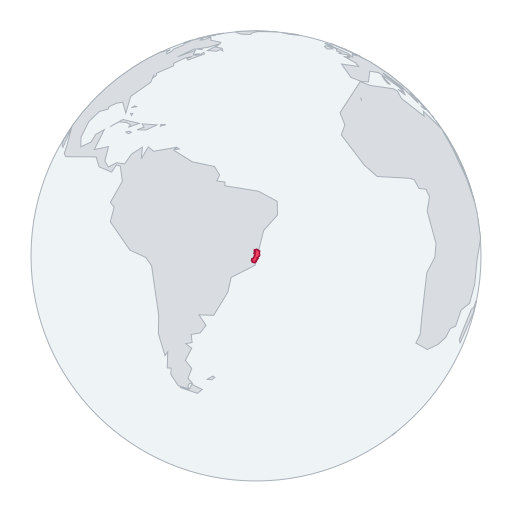 globe centered on Espírito Santo
{"feature_id": "BRA-625", "entity_name": "Espírito Santo", "entity_type": "State", "adm_level": 1, "iso_a3": "BRA", "parent_name": "Brazil", "parent_adm1": "", "projection": "orthographic", "projection_center": [-40.668, -19.574], "detail": "fine", "context": "on_globe", "style": "filled", "palette": "rose", "viewbox_px": 512, "rotation_deg": 0, "n_neighbors": 0, "source": "natural_earth", "source_scale": "10m", "svg_char_len": 6836}
<svg xmlns="http://www.w3.org/2000/svg" viewBox="0 0 512 512"><circle cx="256" cy="256" r="225" fill="#eef3f6" stroke="#a8b0b8"/><path d="M161.9,51.3L160.0,52.4L170.5,49.6L166.8,52.0L166.7,53.9L171.8,51.3L173.7,49.0L183.2,45.2L184.4,43.6L188.4,42.0L192.4,40.2L199.0,38.6L203.3,38.3L200.4,40.0L202.2,40.1L210.8,37.4L211.0,40.3L220.9,42.3L220.2,43.7L208.2,47.3L193.4,49.4L177.9,56.7L195.3,50.4L193.1,54.9L195.8,55.3L200.2,54.5L203.8,52.3L204.6,53.9L187.8,60.1L186.8,58.7L192.2,56.5L185.2,57.9L173.8,63.3L173.6,65.8L156.6,73.2L156.3,75.3L152.4,78.5L154.1,74.4L150.7,82.3L130.7,96.4L125.8,113.1L122.8,102.3L116.9,103.1L109.2,106.5L108.1,109.1L99.4,111.5L88.8,121.6L81.0,137.2L80.8,146.8L91.0,142.1L95.8,134.3L104.3,129.6L94.3,149.6L108.5,146.6L104.8,161.1L108.4,167.0L116.5,162.7L124.6,163.9L131.6,154.0L142.4,147.2L141.3,158.7L148.3,146.9L153.6,151.3L175.9,147.4L173.9,150.3L192.4,161.9L214.5,166.5L219.6,175.1L216.8,180.9L224.8,182.1L225.0,185.8L258.7,191.3L277.2,201.4L277.5,215.0L263.6,230.5L255.0,265.3L231.2,277.4L227.7,292.3L213.7,315.3L199.0,314.8L206.0,325.5L200.0,333.0L191.2,334.4L192.1,342.6L185.7,343.6L191.7,348.3L185.3,360.3L191.7,368.5L188.0,378.3L192.5,383.2L189.6,383.5L187.7,385.9L188.8,388.9L178.3,385.7L170.8,374.5L171.2,368.1L167.3,367.9L167.7,351.8L165.0,355.6L158.4,333.7L158.7,315.1L151.6,265.9L145.9,257.5L129.9,250.1L110.3,221.7L114.1,207.3L110.4,202.3L122.4,181.2L120.3,166.1L116.3,165.0L111.7,172.1L99.1,166.8L96.1,156.9L65.7,156.7L64.3,153.4L67.2,144.8L71.9,126.6L63.0,147.3L62.0,145.4L63.9,139.3L66.3,135.7L72.3,125.6L82.5,112.3L93.7,99.7L105.8,88.1L118.8,77.3L132.5,67.6L146.9,58.9L161.9,51.3ZM122.9,119.5L139.3,123.4L128.2,127.3L130.7,125.0L126.9,122.6L119.2,121.8L110.0,126.7L122.9,119.5ZM134.3,107.2L131.3,107.5L134.5,106.5L134.3,107.2ZM188.5,41.3L190.4,40.8L188.7,41.4L188.5,41.3ZM188.4,41.2L185.1,42.3L184.5,42.4L186.6,41.7L188.4,41.2ZM191.7,40.1L192.7,39.9L184.0,42.5L183.8,42.6L191.7,40.1ZM197.3,393.3L179.9,387.4L189.0,389.7L191.9,384.3L202.3,389.5L197.3,393.3ZM207.2,379.3L212.6,376.1L214.9,377.4L211.7,379.9L207.2,379.3ZM430.1,113.1L423.9,106.9L415.9,98.2L416.9,98.3L430.1,113.1ZM407.0,88.8L410.2,91.9L415.1,96.6L409.6,92.9L417.3,100.8L417.8,102.6L405.0,90.1L401.9,86.8L382.9,72.9L385.7,75.9L403.8,89.5L400.7,87.5L404.5,92.8L399.1,87.2L378.6,72.6L369.8,71.2L368.5,81.9L361.4,81.5L350.9,77.3L341.5,64.0L358.6,66.5L355.5,62.8L343.6,56.3L349.8,57.9L347.0,55.9L352.7,57.1L352.3,54.4L356.7,55.8L348.6,51.0L349.8,51.3L354.3,53.8L359.8,56.7L369.7,61.5L389.1,74.2L407.0,88.8ZM359.4,55.8L360.8,56.6L359.1,55.9L345.0,49.1L340.9,47.7L331.7,43.8L331.1,43.6L359.4,55.8ZM474.7,201.8L474.7,202.1L470.2,186.3L448.3,139.3L446.2,135.6L445.9,135.1L445.3,134.2L448.4,139.7L442.9,131.3L460.0,161.4L464.9,173.6L474.8,202.7L475.1,204.3L476.8,211.4L476.9,211.7L480.6,238.0L480.6,238.3L477.0,260.1L474.7,284.2L469.6,303.2L461.2,310.0L455.6,326.2L450.3,328.5L445.8,337.3L438.0,344.4L427.3,349.5L415.9,343.0L420.2,334.2L422.0,315.0L426.8,272.7L434.9,257.2L436.0,243.6L427.2,211.1L429.5,196.6L425.9,189.2L419.1,188.5L414.3,179.8L409.7,178.3L377.3,176.5L364.3,165.1L341.3,134.9L344.9,124.8L340.0,112.7L360.2,81.6L370.6,85.5L393.5,88.8L397.5,91.2L401.5,98.5L424.1,116.2L423.4,111.3L437.2,124.5L442.1,129.4L436.1,120.7L446.4,135.6L455.4,151.2L463.2,167.5L469.6,184.4L474.7,201.8ZM360.6,97.5L361.7,100.8L360.6,97.5ZM176.6,147.2L179.2,149.0L175.5,149.6L176.6,147.2ZM125.8,132.0L129.7,131.2L131.4,132.4L128.2,133.7L125.8,132.0ZM160.9,124.5L165.8,124.6L160.3,126.3L160.9,124.5ZM142.1,123.9L156.9,124.9L146.3,130.0L137.1,129.7L144.0,127.2L142.1,123.9ZM130.6,113.4L132.8,113.5L131.5,115.5L130.6,113.4ZM136.6,106.6L135.6,107.0L134.9,105.9L136.6,106.6ZM194.1,54.6L195.5,54.1L199.5,53.7L196.8,54.8L194.1,54.6ZM222.1,48.3L222.8,51.0L220.5,49.5L216.8,51.2L207.4,50.6L219.3,44.4L215.6,47.1L222.1,48.3ZM198.2,49.0L202.8,49.5L197.3,49.2L198.2,49.0ZM326.3,45.7L330.9,47.2L332.8,48.9L327.1,49.0L324.4,46.4L326.3,45.7ZM337.0,49.2L324.6,43.4L327.6,43.7L328.1,44.4L331.3,45.1L332.8,46.6L347.9,53.3L350.5,55.4L338.6,53.4L341.0,52.6L336.4,50.9L337.0,49.2ZM287.5,33.7L282.2,32.8L295.7,34.3L299.1,35.2L293.7,34.8L286.4,33.8L287.5,33.7ZM218.9,33.8L224.0,33.2L218.4,34.3L214.3,34.7L215.0,35.3L209.0,36.2L210.4,36.7L201.9,37.4L196.6,38.7L204.6,36.7L209.8,35.5L218.9,33.8ZM277.5,31.8L257.4,31.6L252.1,32.8L250.7,34.4L241.5,34.2L237.0,32.9L235.9,31.9L242.3,31.1L237.0,31.5L237.3,31.5L257.4,30.7L277.5,31.8ZM398.0,89.4L400.3,90.6L403.0,91.7L405.5,95.3L398.0,89.4ZM384.1,79.4L385.6,79.6L390.4,84.6L388.0,83.6L384.1,79.4ZM382.3,75.8L385.3,79.2L382.2,76.8L382.3,75.8ZM355.2,54.1L356.4,54.5L358.1,55.4L359.4,56.2L355.2,54.1ZM433.0,116.6L434.0,118.1L432.2,115.8L432.2,115.7L433.0,116.6L433.0,116.6ZM420.9,105.6L425.6,109.9L421.5,106.6L420.9,105.6ZM396.3,432.0L392.1,435.4L393.2,434.3L396.3,432.0ZM473.3,313.2L460.1,342.8L459.3,339.4L463.6,328.3L471.5,309.1L473.9,307.4L476.3,300.1L473.3,313.2Z" fill="#d9dde1" stroke="#a8b0b8" stroke-width="1"/><path d="M259.7,251.1L259.5,251.9L259.4,252.5L259.4,253.4L259.5,254.1L259.6,254.7L259.6,255.2L259.6,255.4L259.3,256.1L259.2,256.3L258.7,256.5L258.4,256.7L258.4,256.8L258.2,257.3L257.9,257.5L258.0,257.5L257.9,257.8L257.9,258.0L257.8,258.4L257.7,258.5L257.6,258.8L257.5,258.7L257.4,258.8L257.4,258.6L257.2,258.6L257.1,258.8L257.2,259.0L257.3,259.0L257.4,258.9L257.5,258.9L257.4,259.0L257.3,259.3L257.2,259.5L257.0,259.9L256.9,260.1L256.7,260.2L256.5,260.5L256.4,260.6L256.3,260.8L256.2,260.8L256.2,261.0L256.1,260.9L255.9,261.0L255.7,261.0L255.5,261.3L255.5,261.5L255.4,261.8L255.3,262.0L255.1,262.4L255.0,262.5L254.9,262.7L254.6,262.5L254.5,262.4L254.4,262.5L254.1,262.5L253.9,262.5L253.7,262.5L253.7,262.4L253.4,262.3L253.2,262.4L252.9,262.3L252.7,262.3L252.6,262.2L252.4,262.1L252.2,262.0L252.1,261.9L252.1,261.7L252.1,261.4L252.1,261.2L252.1,260.9L251.8,260.8L251.6,260.7L251.7,260.4L251.8,260.2L251.7,260.2L251.8,259.9L251.8,259.7L251.8,259.4L251.7,259.3L251.7,259.2L251.8,258.9L252.0,258.6L253.3,258.5L253.4,258.4L253.5,258.2L253.6,257.7L253.7,257.4L253.8,257.4L254.0,257.2L254.1,256.9L254.2,256.4L254.4,256.2L254.5,256.1L254.7,255.9L254.6,255.7L254.8,255.7L254.9,255.4L255.0,255.2L255.0,254.9L255.0,254.7L255.0,254.4L254.9,254.2L254.7,254.0L254.6,253.9L254.6,253.7L254.5,253.4L254.4,253.3L254.2,253.3L253.9,253.2L254.0,253.0L254.3,253.0L254.8,253.1L255.0,253.0L255.0,252.9L255.0,252.5L255.0,252.4L254.9,252.4L254.7,252.4L254.7,252.1L254.7,251.9L254.7,251.6L254.8,251.6L254.7,251.5L254.7,251.4L254.5,251.2L254.4,251.2L254.3,251.3L254.2,251.4L254.3,251.2L254.2,251.1L254.2,250.9L254.3,250.9L254.5,250.6L254.9,250.3L255.0,250.2L255.2,250.3L255.3,250.3L255.5,250.4L255.6,250.2L255.1,249.7L255.3,249.7L255.5,249.7L255.8,249.6L256.0,249.6L256.3,249.5L256.5,249.4L256.7,249.5L256.8,249.5L256.8,249.4L257.1,249.5L257.3,249.5L257.5,249.6L257.8,249.9L259.7,251.1Z" fill="#f43f5e" stroke="#9f1239" stroke-width="1.5"/></svg>